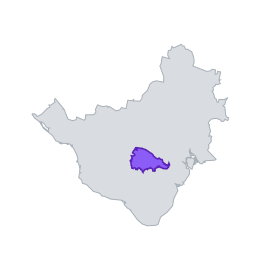 location of Tocantins within Brazil, rotated 101°
{"feature_id": "BRA-596", "entity_name": "Tocantins", "entity_type": "State", "adm_level": 1, "iso_a3": "BRA", "parent_name": "Brazil", "parent_adm1": "", "projection": "mercator", "projection_center": [-48.148, -9.274], "detail": "fine", "context": "in_parent", "style": "filled", "palette": "violet", "viewbox_px": 256, "rotation_deg": 101, "n_neighbors": 0, "source": "natural_earth", "source_scale": "10m", "svg_char_len": 8343}
<svg xmlns="http://www.w3.org/2000/svg" viewBox="0 0 256 256"><g transform="rotate(101 128 128)"><path d="M69.3,50.1L71.8,52.3L74.9,51.3L75.9,52.6L77.6,50.7L81.9,48.7L82.8,46.8L85.5,45.7L85.7,44.5L82.6,44.1L81.8,39.0L79.1,35.7L82.7,37.4L85.9,37.3L88.2,39.0L88.9,37.0L96.9,34.5L98.7,32.8L98.6,31.3L101.0,31.2L101.7,31.9L101.0,34.5L103.0,35.2L103.8,37.4L102.3,39.0L101.7,43.2L103.2,47.7L107.0,50.2L108.7,49.8L109.5,48.4L110.9,48.7L115.2,46.4L120.7,47.1L119.8,45.2L120.7,44.0L121.8,44.6L125.3,43.7L129.3,45.9L131.0,44.8L134.8,45.6L141.9,35.6L143.0,36.6L145.4,45.8L146.6,47.3L148.9,48.1L149.2,50.4L145.2,54.8L142.7,56.3L139.4,62.3L136.2,63.2L139.6,63.4L144.5,60.3L145.5,64.2L146.8,65.4L152.0,64.0L150.4,68.4L152.4,64.9L154.8,62.9L156.0,63.5L156.5,62.9L156.0,61.3L157.6,59.4L161.6,58.9L170.1,62.3L170.7,64.0L171.9,62.8L173.9,64.1L174.4,65.6L173.4,66.6L173.9,67.1L174.9,66.1L175.2,67.0L174.2,68.0L173.6,71.0L174.9,69.8L175.9,67.5L176.1,69.1L179.9,67.1L188.8,69.6L196.0,69.4L203.0,73.4L209.1,79.0L216.8,80.1L218.2,82.1L220.3,90.3L219.5,95.6L216.5,101.0L208.3,109.9L208.2,109.2L206.7,113.3L204.1,116.9L202.9,117.4L202.0,115.8L201.2,116.6L200.1,120.5L201.1,131.5L199.6,138.0L199.8,140.6L197.5,143.3L196.8,149.9L191.3,158.2L191.1,162.1L187.8,163.7L186.2,166.9L181.9,167.0L181.0,165.8L180.6,167.2L174.0,167.5L174.3,168.6L170.1,171.3L167.7,171.3L163.5,173.6L158.2,177.7L157.2,179.7L156.3,178.9L155.9,179.8L154.7,179.4L156.3,180.6L155.0,181.9L154.6,184.1L155.5,189.0L154.4,196.4L149.9,200.6L144.4,210.9L139.1,215.7L139.0,214.1L142.7,212.2L146.0,206.5L146.1,205.4L143.9,206.1L142.6,204.3L143.3,206.0L142.7,208.2L139.4,211.6L138.4,214.4L138.7,216.0L136.2,221.4L132.9,224.8L132.1,224.3L132.1,221.6L134.0,219.2L131.0,215.4L124.4,211.1L122.4,208.7L120.5,210.0L120.3,208.3L116.6,204.6L114.8,205.6L112.9,205.1L121.0,195.3L122.0,195.3L121.8,194.4L130.7,188.6L131.4,183.9L129.8,180.5L127.0,180.5L128.8,172.6L127.0,171.4L123.2,172.1L121.4,163.9L118.4,162.5L116.1,163.5L111.1,162.3L111.9,157.0L110.3,152.8L111.7,151.9L110.4,150.7L113.4,143.1L111.9,139.6L109.2,138.3L109.4,133.6L100.8,133.5L100.5,129.7L98.9,127.8L100.4,127.8L99.3,121.4L96.6,120.0L93.2,120.2L87.2,116.0L80.8,114.9L78.1,112.7L76.3,109.2L76.2,101.8L70.7,102.7L61.1,108.5L58.2,107.8L51.5,108.0L52.0,100.5L48.7,103.0L44.3,103.2L43.4,100.9L39.5,100.4L40.6,98.4L35.7,91.6L37.1,90.4L36.9,88.5L39.8,86.4L39.3,84.7L41.0,80.0L45.9,77.1L50.8,75.6L54.7,76.2L57.4,61.5L56.3,58.3L54.2,56.5L54.3,53.2L58.6,52.8L57.8,50.9L55.3,50.9L55.3,47.8L63.2,47.8L63.1,46.5L64.3,47.7L66.8,45.9L68.1,47.9L68.3,50.3L69.3,50.1ZM147.6,56.4L156.3,57.3L154.2,62.4L152.6,62.5L152.3,63.4L151.1,63.0L149.7,64.3L146.3,64.3L145.2,61.7L146.0,61.1L145.0,60.2L145.7,57.2L147.6,56.4ZM140.1,62.6L141.5,58.9L142.8,58.4L142.7,60.7L140.1,62.6ZM150.0,54.6L149.1,56.0L147.1,55.7L147.4,54.8L150.0,54.6ZM147.0,53.1L146.6,55.9L145.8,55.6L147.0,53.1ZM151.4,56.4L150.1,56.6L149.5,56.3L151.1,55.5L151.4,56.4ZM145.7,56.5L144.4,57.4L143.8,56.9L144.8,56.1L145.7,56.5ZM148.0,54.0L147.4,53.5L148.5,52.9L148.5,53.4L148.0,54.0ZM147.3,46.8L146.6,46.9L146.4,45.9L147.1,45.8L147.3,46.8ZM155.9,192.1L155.6,191.0L156.2,190.1L156.4,190.4L155.9,192.1ZM170.8,170.9L171.0,172.0L170.1,171.8L170.8,170.9ZM155.4,184.8L155.0,184.2L155.6,183.6L155.8,183.9L155.4,184.8ZM174.7,69.1L174.2,70.2L174.7,68.7L174.7,69.1ZM202.4,117.6L201.5,117.9L202.1,117.0L202.4,117.6ZM176.4,167.9L175.5,168.3L175.3,168.1L175.8,167.6L176.4,167.9ZM201.0,119.6L200.6,120.2L200.4,119.8L201.0,119.6ZM172.4,61.9L172.4,62.4L172.2,62.3L172.4,61.9Z" fill="#d9dde1" stroke="#a8b0b8" stroke-width="1"/><path d="M168.7,104.8L168.5,105.0L168.3,105.4L167.5,105.8L167.4,105.9L167.1,106.0L166.9,106.2L166.7,106.4L166.4,106.6L166.1,106.8L166.1,107.0L166.3,107.1L166.5,107.4L166.5,107.5L166.4,107.6L166.1,107.7L165.8,107.9L165.5,108.5L165.4,108.9L165.1,109.1L164.9,109.5L165.0,109.8L165.2,110.0L165.4,110.3L165.5,110.4L166.3,110.5L166.7,110.6L167.0,110.8L167.2,111.0L167.0,111.3L166.4,111.5L166.3,111.9L166.3,112.0L166.7,112.0L166.8,112.0L167.1,112.2L167.2,112.4L167.2,112.5L166.6,112.8L166.4,113.0L166.0,113.2L166.0,113.3L165.9,114.4L166.1,114.8L166.3,115.0L166.7,115.1L166.8,115.1L166.8,115.7L166.4,116.3L166.4,116.5L166.5,116.6L166.1,116.8L165.9,116.9L165.5,116.9L165.3,117.0L164.8,117.1L164.5,117.3L164.0,117.8L163.9,117.9L163.4,118.0L163.0,118.0L162.4,118.1L161.5,118.6L161.3,118.6L160.8,118.8L160.5,118.9L160.3,119.1L160.3,118.8L160.1,118.6L159.9,118.3L159.8,118.1L159.7,118.1L159.5,118.3L159.4,118.4L159.8,119.2L159.8,119.3L159.7,119.3L158.8,119.0L158.4,118.8L158.2,118.9L157.8,118.6L157.6,118.5L157.4,118.5L157.4,118.3L157.5,118.0L157.5,117.9L157.4,117.9L157.1,118.1L156.6,118.4L156.3,118.5L155.9,118.6L155.3,118.4L155.1,118.4L155.0,118.5L154.9,119.2L154.8,119.4L154.6,119.5L154.6,119.4L154.5,119.2L154.6,118.6L154.5,118.1L154.4,117.7L154.4,117.4L154.3,117.0L154.1,116.8L153.8,116.6L153.4,116.4L153.4,116.2L153.2,116.1L152.8,116.3L152.0,117.6L151.8,118.3L151.7,118.4L151.7,118.7L151.6,118.8L151.0,118.6L150.8,118.5L150.2,118.5L149.1,118.0L148.9,117.8L148.8,117.7L148.5,117.7L147.5,117.2L147.4,116.5L147.5,116.4L147.8,116.0L147.8,115.8L147.8,115.5L148.1,115.1L148.1,114.9L148.0,114.7L147.4,115.1L147.1,115.4L147.0,115.6L146.8,115.8L146.8,116.1L146.6,116.2L146.5,116.7L146.5,116.9L146.2,116.8L146.0,116.7L145.9,116.7L145.9,116.3L145.8,116.0L145.6,115.8L145.6,115.7L145.8,115.2L145.7,115.0L145.8,115.0L145.9,114.9L145.8,114.3L145.8,114.1L145.7,113.9L145.6,113.7L145.5,113.0L145.5,112.8L145.6,112.7L145.7,112.4L145.7,112.2L145.5,111.7L145.4,111.6L145.4,111.4L145.6,111.2L145.7,110.9L145.4,110.7L145.2,110.4L145.3,109.9L145.5,109.5L145.6,109.2L145.6,108.7L145.8,108.4L145.7,107.7L145.8,107.4L145.8,107.1L146.0,106.8L146.0,106.6L145.9,106.4L146.0,106.1L146.2,105.9L146.3,105.9L146.3,105.7L146.4,105.2L146.7,104.8L146.8,104.6L146.9,104.2L146.9,103.9L147.0,103.7L147.3,103.3L147.4,102.8L147.7,102.3L147.8,102.0L148.0,101.9L148.1,101.6L148.2,101.2L148.3,100.7L148.4,100.3L148.5,100.0L148.7,99.7L148.8,99.5L149.1,99.2L149.4,98.8L149.5,98.7L149.6,98.4L149.8,98.1L150.2,97.8L150.5,97.8L150.6,97.7L150.8,97.5L150.8,97.4L151.1,97.0L151.1,96.9L151.2,96.6L151.4,96.3L151.6,95.8L151.9,95.6L152.0,95.4L152.4,94.3L152.4,94.1L152.5,94.0L152.5,93.6L152.6,93.2L152.6,92.9L152.7,92.7L152.4,92.6L151.8,92.1L151.7,92.0L151.6,91.8L151.6,91.5L151.7,91.3L152.4,90.4L152.6,90.1L152.6,89.3L152.4,88.8L152.4,88.6L152.5,88.5L153.4,87.9L153.9,87.7L154.2,87.7L154.3,87.6L154.9,87.3L155.1,87.2L155.1,86.8L155.3,86.2L155.8,85.8L156.0,85.8L156.3,85.9L156.4,85.7L156.2,85.6L156.2,85.3L156.1,84.9L156.6,84.8L156.8,84.6L156.8,84.4L156.7,84.4L156.6,84.2L157.0,83.9L157.1,83.7L156.8,83.4L156.7,83.0L156.8,82.9L157.2,82.8L157.3,82.8L157.5,82.5L157.5,82.4L157.4,82.3L157.2,82.1L156.9,82.0L156.7,81.9L156.4,81.3L155.7,81.4L155.2,81.3L154.9,81.1L154.7,81.1L155.0,80.9L155.3,81.0L155.4,80.9L155.6,80.5L155.8,80.3L156.2,80.2L156.6,80.2L156.7,80.3L157.4,80.7L157.6,80.7L157.8,80.7L158.1,80.6L158.6,80.7L158.8,80.8L158.8,81.1L158.9,81.3L159.0,81.3L159.3,81.3L159.5,81.3L160.1,81.7L160.3,81.7L160.4,81.8L160.5,81.9L160.7,82.2L160.6,83.0L160.8,83.3L160.9,83.6L160.9,83.8L160.9,84.1L160.9,84.7L160.9,85.0L161.1,85.3L161.1,85.5L160.9,85.8L161.0,86.0L160.9,86.2L160.9,86.3L160.9,86.5L160.7,86.8L160.7,87.0L160.6,87.5L160.5,87.9L160.5,88.2L160.6,88.4L160.5,88.8L160.4,89.0L160.1,89.3L159.8,89.7L159.6,89.6L159.4,89.7L159.4,89.8L159.5,90.0L159.8,90.4L160.1,90.2L160.4,90.3L160.6,90.4L160.6,90.5L160.2,90.9L160.1,91.0L160.5,91.0L160.7,91.4L160.7,91.5L160.8,91.4L160.9,91.5L161.0,91.5L161.2,91.9L161.2,92.0L161.3,92.1L161.5,92.1L161.5,92.3L161.7,92.5L161.9,92.8L162.0,92.9L162.1,93.0L162.4,93.4L162.5,93.6L162.8,93.9L163.0,93.8L163.1,93.7L163.5,93.5L163.9,93.4L164.1,93.3L164.5,93.3L164.7,93.2L164.9,93.2L165.0,93.4L165.3,93.5L165.4,94.0L165.2,94.5L165.3,94.6L165.2,94.8L165.2,95.0L165.1,95.4L165.3,95.5L165.2,95.6L164.5,95.6L164.2,95.6L163.8,95.7L163.7,95.9L163.4,96.4L163.3,97.0L163.2,97.2L163.3,97.5L163.0,97.9L162.6,98.3L162.5,98.5L163.1,98.8L163.4,98.9L163.6,99.3L163.7,99.5L163.7,100.0L163.8,100.2L164.0,100.4L164.4,100.6L164.9,100.8L165.0,100.9L165.1,101.0L164.8,101.3L164.7,101.5L164.4,101.7L164.4,101.8L164.4,102.0L164.5,102.1L164.8,102.3L165.2,102.6L165.4,102.9L165.4,103.3L165.5,103.5L165.8,103.8L165.9,104.0L166.2,104.1L166.5,104.0L167.2,104.2L167.5,104.5L167.8,104.7L168.4,104.8L168.7,104.8Z" fill="#8b5cf6" stroke="#5b21b6" stroke-width="1.5"/></g></svg>